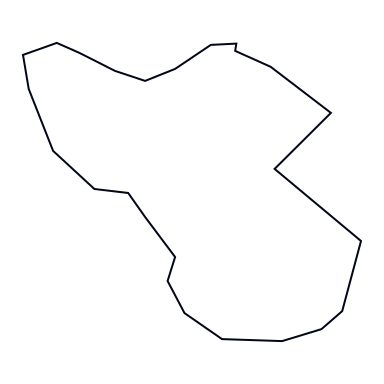 Moka, Mercator projection
{"feature_id": "MUS-5186", "entity_name": "Moka", "entity_type": "District", "adm_level": 1, "iso_a3": "MUS", "parent_name": "Mauritius", "parent_adm1": "", "projection": "mercator", "projection_center": [57.579, -20.265], "detail": "fine", "context": "isolated", "style": "outline", "palette": "ink", "viewbox_px": 384, "rotation_deg": 0, "n_neighbors": 0, "source": "natural_earth", "source_scale": "10m", "svg_char_len": 432}
<svg xmlns="http://www.w3.org/2000/svg" viewBox="0 0 384 384"><path d="M236.3,43.6L235.2,50.9L270.8,66.9L330.9,112.9L274.6,168.9L361.0,241.0L342.2,311.1L321.5,329.1L282.1,341.1L222.0,339.1L184.5,313.1L167.6,281.0L175.1,257.0L145.1,217.0L128.2,193.0L94.4,189.0L53.1,150.9L28.7,88.9L23.0,54.9L56.8,42.9L79.4,52.9L115.0,70.9L128.6,75.4L145.1,80.9L175.1,68.9L210.8,44.9L236.3,43.6Z" fill="none" stroke="#020617" stroke-width="2"/></svg>